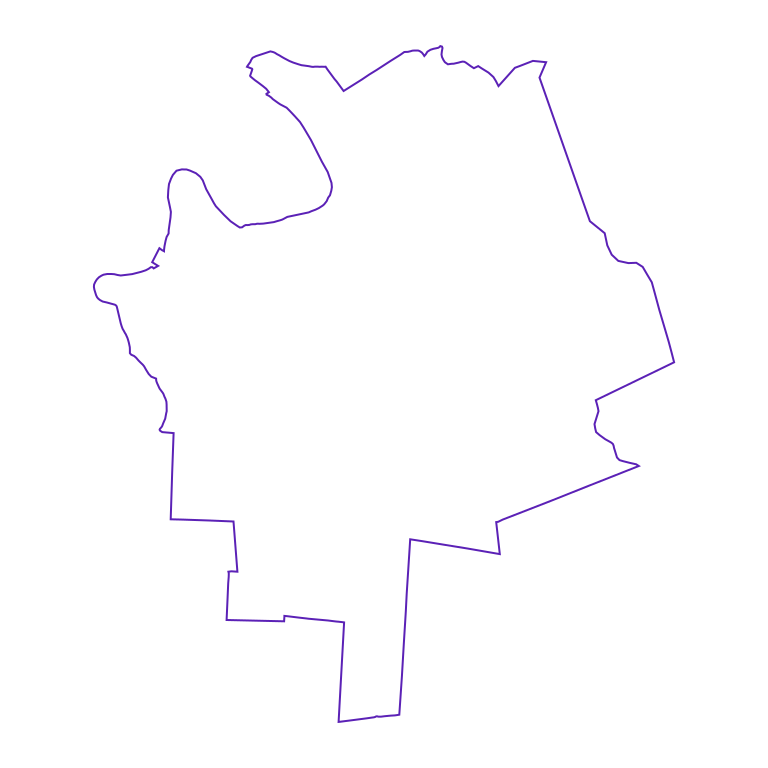 Biliesti, Vrancea, Romania (Mercator projection)
{"feature_id": "2599482B7055323115880", "entity_name": "Biliesti", "entity_type": "district", "adm_level": 2, "iso_a3": "ROU", "parent_name": "Romania", "parent_adm1": "Vrancea", "projection": "mercator", "projection_center": [27.326, 45.715], "detail": "fine", "context": "isolated", "style": "outline", "palette": "violet", "viewbox_px": 768, "rotation_deg": 0, "n_neighbors": 0, "source": "geoboundaries", "source_scale": "gbopen_adm2", "svg_char_len": 4424}
<svg xmlns="http://www.w3.org/2000/svg" viewBox="0 0 768 768"><path d="M546.1,62.2L532.9,60.9L519.8,66.0L514.9,67.8L498.5,86.1L495.8,80.9L493.4,77.0L488.5,72.6L481.7,68.4L478.2,66.1L473.9,68.2L470.8,66.2L468.6,64.6L466.0,62.7L464.4,61.8L462.6,61.6L460.7,62.0L458.2,62.7L455.5,63.3L453.7,63.7L451.4,63.8L447.9,64.3L444.9,62.2L443.5,60.1L442.0,57.0L441.5,54.5L441.9,51.2L442.5,48.0L442.0,46.6L440.3,46.1L439.7,46.9L438.2,47.8L436.0,48.3L433.5,48.8L430.4,49.8L427.4,51.7L425.7,54.4L424.3,56.0L423.3,54.4L421.9,52.6L420.0,51.3L418.5,50.6L417.0,50.5L414.5,50.5L413.2,50.6L412.2,50.7L410.3,51.3L408.5,51.7L407.8,51.9L406.6,51.9L404.3,52.0L400.2,54.9L390.6,60.9L376.6,70.0L369.3,74.5L361.9,79.5L343.6,91.0L336.7,81.6L334.4,78.9L327.4,69.4L325.6,66.7L324.3,66.8L321.9,66.7L319.7,66.8L318.2,66.7L314.7,66.7L313.2,66.9L311.9,66.8L308.9,66.2L304.6,65.6L301.5,65.2L298.5,64.3L293.3,62.6L289.4,61.0L284.1,58.2L281.5,56.7L279.4,55.4L276.9,54.1L275.1,52.9L273.8,52.3L272.2,51.8L270.7,51.5L270.4,51.4L256.1,56.1L252.6,57.8L251.2,59.9L250.3,62.0L249.0,63.8L247.5,65.9L247.0,66.8L248.4,67.3L252.0,68.7L252.3,69.2L251.8,70.9L250.1,75.8L250.6,76.6L254.8,80.1L258.4,82.7L262.9,86.1L266.2,88.8L268.9,92.2L266.4,93.9L266.6,94.7L268.9,95.8L271.2,97.5L272.8,99.1L276.1,101.5L278.2,103.0L280.3,104.4L286.6,107.7L289.8,110.9L294.7,116.1L300.0,122.0L303.6,127.6L311.0,140.1L321.9,161.7L327.7,172.0L331.5,182.9L331.9,187.2L331.3,190.7L330.0,195.2L328.2,197.6L326.7,201.1L324.2,204.3L322.7,205.6L318.8,208.1L315.5,209.7L311.4,211.2L308.7,212.4L297.8,214.7L287.3,216.9L283.6,218.9L282.2,219.6L280.1,220.3L276.5,221.3L273.9,222.1L263.3,223.6L259.6,223.8L257.2,223.7L255.2,224.2L252.6,224.2L250.7,224.4L249.4,224.9L247.4,225.1L245.9,225.0L244.4,225.6L242.1,227.3L239.8,227.5L237.4,226.0L230.6,221.3L223.9,214.8L220.8,211.5L215.9,206.3L214.0,203.3L211.1,198.0L206.2,189.2L202.8,180.4L200.3,176.8L195.9,173.2L190.0,170.6L186.6,169.5L181.8,169.4L176.5,170.7L172.9,174.9L171.0,178.7L169.0,184.0L168.3,190.1L167.9,197.4L170.0,207.3L170.9,211.9L170.5,217.4L168.7,230.2L168.6,233.5L166.6,237.0L165.6,240.7L164.5,246.2L164.0,250.2L164.0,251.2L162.1,250.2L159.4,248.2L158.3,250.3L152.2,262.2L155.2,264.1L158.1,265.9L153.7,268.4L152.4,267.2L150.8,267.2L148.6,268.8L145.7,270.3L141.2,271.8L136.5,273.0L132.2,274.1L127.4,274.7L120.7,275.5L117.6,275.0L114.3,274.2L111.3,274.0L107.2,274.0L103.5,274.7L101.4,275.7L98.9,277.3L96.8,279.5L95.3,281.9L94.1,284.5L93.9,286.9L94.4,289.7L96.1,295.2L97.1,297.3L98.2,298.6L99.9,300.0L102.6,301.5L106.9,302.5L114.9,304.7L116.1,305.5L116.7,306.4L117.1,307.9L120.8,323.5L121.7,326.4L122.6,328.8L123.9,331.0L124.9,332.9L125.8,334.3L127.5,338.1L128.3,340.7L128.9,342.9L129.8,347.2L129.9,349.7L129.9,353.2L131.2,354.7L134.1,356.0L136.1,357.7L138.5,360.5L140.6,362.6L142.8,364.7L144.1,366.3L146.2,370.0L148.7,374.0L151.3,376.7L156.1,378.6L156.2,380.5L156.5,381.6L157.2,383.4L158.8,386.9L159.6,388.6L161.3,390.9L162.6,392.6L163.4,393.9L164.5,396.8L165.3,398.4L165.7,399.5L166.4,401.7L166.5,403.1L166.6,404.7L166.7,411.2L166.2,413.3L165.9,414.9L165.2,418.7L163.2,423.3L162.2,426.0L161.5,427.1L159.9,428.9L159.6,429.8L160.1,430.7L162.2,432.1L164.4,432.3L173.6,433.1L173.4,438.8L172.2,471.8L170.7,519.3L183.0,519.6L209.4,520.5L233.5,521.5L237.4,571.7L231.4,571.3L228.4,571.7L228.8,573.5L228.7,577.0L228.2,583.3L227.6,597.4L226.6,620.0L284.1,621.3L284.4,616.5L284.4,615.9L287.3,616.2L298.0,617.5L306.8,618.5L308.2,618.7L328.1,620.5L328.9,620.6L331.2,620.9L336.1,621.5L338.4,621.7L342.8,622.2L344.1,622.4L338.6,721.9L348.4,720.7L366.9,718.3L371.7,717.6L374.0,717.3L375.3,716.9L375.9,716.5L376.8,716.3L377.5,716.4L378.1,716.6L379.0,716.7L380.7,716.7L384.8,716.2L391.1,715.6L394.8,715.4L396.9,715.1L399.3,714.7L401.9,676.5L403.8,644.0L405.8,611.6L406.7,593.8L410.2,539.3L421.9,541.1L445.1,544.9L467.4,548.5L483.6,551.3L499.8,554.1L496.2,522.1L498.2,521.8L502.7,519.6L551.3,500.7L588.7,485.8L638.8,466.0L636.2,464.3L629.5,462.8L622.8,461.1L619.5,460.1L617.0,457.5L614.5,449.4L614.1,448.2L613.6,445.7L612.9,444.0L611.4,442.7L608.8,441.2L605.2,439.2L599.7,435.2L596.1,432.1L595.2,428.3L594.5,424.1L598.5,411.2L598.2,409.5L597.9,407.9L596.9,404.0L595.8,400.2L674.1,362.3L671.5,352.2L668.8,342.1L665.1,329.5L659.3,309.9L654.3,291.4L651.8,282.3L647.2,274.6L642.7,266.9L636.3,262.8L628.4,263.1L618.3,260.9L611.7,254.7L607.3,245.4L604.7,233.2L589.9,221.2L580.4,194.2L539.5,77.6L542.8,69.9L546.1,62.2Z" fill="none" stroke="#5b21b6" stroke-width="2"/></svg>